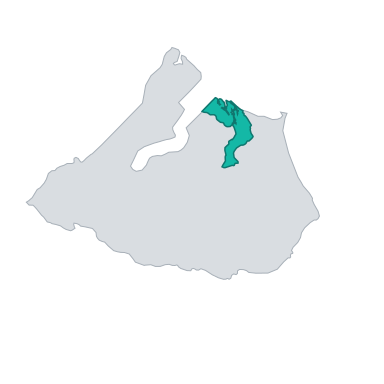 location of Fatick within Senegal, rotated 134°
{"feature_id": "SEN-764", "entity_name": "Fatick", "entity_type": "Region", "adm_level": 1, "iso_a3": "SEN", "parent_name": "Senegal", "parent_adm1": "", "projection": "equal_earth", "projection_center": [-16.406, 14.163], "detail": "fine", "context": "in_parent", "style": "filled", "palette": "teal", "viewbox_px": 384, "rotation_deg": 134, "n_neighbors": 0, "source": "natural_earth", "source_scale": "10m", "svg_char_len": 7047}
<svg xmlns="http://www.w3.org/2000/svg" viewBox="0 0 384 384"><g transform="rotate(134 192 192)"><path d="M278.0,175.4L281.8,184.0L281.0,188.1L280.2,194.1L282.4,198.5L284.9,201.3L286.7,204.0L288.6,207.6L289.0,214.8L288.7,220.0L290.0,222.3L291.1,225.3L290.9,227.8L290.2,230.0L287.8,232.9L287.4,238.3L291.4,244.8L293.9,248.4L293.9,250.4L294.6,252.6L296.4,255.3L297.5,254.6L298.8,252.5L299.3,251.0L302.7,251.7L304.2,252.4L306.4,256.6L307.2,259.5L307.7,263.1L310.0,267.5L312.0,270.7L312.4,272.6L314.1,275.3L313.1,281.2L313.2,284.2L312.1,292.2L311.9,295.9L312.0,297.3L314.6,300.1L314.4,304.1L311.7,303.4L307.0,303.0L297.7,305.1L294.5,304.2L288.3,304.5L284.0,305.6L278.4,308.2L274.1,307.6L271.8,305.5L268.7,305.7L265.3,304.6L261.6,302.6L258.2,301.6L254.6,297.9L252.9,297.3L251.7,298.2L250.7,299.5L249.6,300.2L247.7,299.5L246.9,297.1L247.5,294.7L247.7,292.8L246.8,291.8L244.5,291.5L241.0,291.5L235.2,290.8L233.9,290.3L221.0,289.7L207.6,289.6L196.2,289.5L181.9,289.5L171.9,289.4L162.5,289.4L155.2,294.2L147.4,299.5L136.8,302.3L124.7,301.3L120.8,302.1L116.8,304.4L113.8,306.1L109.6,307.1L104.2,306.3L102.0,306.8L100.7,304.4L99.1,300.5L100.1,297.6L103.4,295.8L108.4,293.4L111.0,294.6L112.5,294.7L112.8,293.1L112.3,292.3L108.5,290.2L106.6,287.5L105.0,289.1L103.6,292.5L102.4,293.5L100.8,294.4L99.8,292.1L99.4,289.9L100.2,288.1L99.8,278.4L100.2,273.3L100.0,268.7L102.3,265.8L104.6,263.9L113.2,263.7L121.3,263.6L129.1,263.7L137.0,263.8L137.8,254.8L140.3,254.0L144.0,253.1L151.0,252.0L158.8,251.0L160.5,249.2L161.8,246.2L162.6,243.5L164.2,242.4L166.4,243.3L169.2,244.7L172.2,246.9L175.6,248.9L177.9,250.1L183.3,253.3L192.6,257.8L200.2,259.5L209.5,256.3L216.1,254.2L216.9,250.3L215.9,246.5L210.9,243.1L204.2,243.5L202.1,244.4L199.0,245.5L197.1,246.0L193.9,245.2L189.8,242.2L187.3,239.2L183.7,237.7L179.5,236.3L172.7,230.1L169.2,229.0L165.9,228.7L159.5,229.9L153.2,233.2L149.9,240.8L143.6,240.7L130.3,240.4L118.1,240.2L108.0,240.7L107.0,235.2L104.6,230.9L100.7,227.2L99.9,223.7L101.2,220.7L104.9,218.2L105.8,216.5L103.8,216.7L100.9,218.3L98.9,218.4L98.7,213.6L95.4,207.5L91.7,197.1L87.5,192.8L84.0,184.4L80.3,181.1L76.9,179.6L74.0,179.9L73.0,183.8L69.4,178.3L74.3,176.3L84.8,169.3L96.9,149.5L107.7,126.0L109.1,120.5L110.4,116.3L111.3,106.7L112.8,101.0L114.3,99.9L116.1,95.5L118.3,87.9L120.8,83.6L123.6,82.8L125.8,83.1L127.4,84.7L131.9,85.7L139.5,86.1L145.3,84.9L149.4,82.3L154.8,80.9L161.5,80.9L165.0,79.8L165.4,77.6L166.2,76.9L167.6,77.8L169.0,77.4L170.2,75.9L171.4,75.8L172.6,77.1L178.3,77.5L188.3,77.0L197.5,81.0L206.0,89.6L210.4,95.3L210.7,98.2L212.1,101.1L214.7,104.0L217.0,104.5L219.1,102.7L220.8,102.9L222.0,105.1L224.4,105.6L227.1,104.2L229.0,104.7L229.3,106.0L229.8,106.7L231.1,107.0L232.9,108.7L235.3,113.3L237.4,119.7L239.0,127.8L241.0,132.3L243.6,133.0L245.1,134.7L245.4,136.6L246.1,138.0L247.3,138.7L249.5,138.2L252.0,141.0L254.8,147.0L255.2,149.7L254.8,151.2L255.0,152.2L256.8,153.3L258.5,155.2L259.9,158.2L262.9,160.8L267.5,163.1L270.9,166.5L272.9,171.1L277.2,174.9L278.0,175.4Z" fill="#d9dde1" stroke="#a8b0b8" stroke-width="1"/><path d="M115.3,209.6L113.4,209.5L112.3,209.0L112.4,207.8L111.7,208.3L111.5,209.0L111.6,209.8L112.1,210.4L111.6,210.7L111.2,210.7L110.8,210.5L110.3,210.4L110.0,210.5L109.8,210.9L109.7,211.4L109.6,211.9L108.6,214.2L108.2,214.8L107.8,215.0L107.0,215.3L106.5,215.7L106.2,216.3L105.7,217.6L105.3,218.1L104.4,218.5L103.5,218.3L102.7,217.9L101.7,217.7L102.6,215.5L102.7,215.2L103.3,214.9L104.4,213.3L103.9,213.5L103.4,214.5L102.9,214.8L102.1,214.8L101.7,214.9L101.4,215.2L101.9,215.9L101.9,216.4L101.2,217.4L101.1,217.8L101.0,218.6L100.8,219.0L100.0,220.2L99.8,220.7L99.6,222.2L99.8,227.2L99.5,227.2L99.3,217.0L99.1,215.4L98.5,212.9L98.1,211.9L98.4,211.5L99.6,211.0L99.7,210.8L99.8,210.5L99.7,210.3L99.5,210.0L99.4,209.8L99.4,209.3L99.5,209.1L100.6,207.9L100.7,207.5L100.7,207.2L100.4,206.8L100.3,206.7L100.2,206.4L100.7,203.3L102.7,195.8L102.9,195.7L103.1,195.6L104.4,195.5L104.6,195.5L104.8,195.3L105.0,195.2L105.5,194.3L105.8,194.0L106.0,193.9L106.4,193.7L106.8,193.4L107.4,192.5L108.5,190.7L108.7,190.3L109.0,189.2L109.3,187.6L109.7,186.6L110.2,186.4L112.0,186.2L115.4,186.4L115.8,186.5L116.0,186.7L116.3,187.0L116.5,187.3L116.8,187.5L117.1,187.6L117.4,187.6L119.5,187.0L119.9,187.0L121.2,187.2L122.5,187.7L122.9,188.0L123.4,188.4L123.9,189.0L124.2,189.2L124.8,189.5L129.1,190.5L129.7,190.5L133.0,190.0L134.4,189.6L135.4,189.0L135.5,188.8L137.7,186.0L137.8,185.8L137.9,185.5L138.0,184.9L138.2,180.4L138.2,180.1L138.3,179.9L138.5,179.6L139.2,179.1L139.3,179.0L141.3,180.8L142.2,180.7L143.3,180.2L144.0,180.3L144.9,181.6L146.2,182.3L151.5,185.1L152.4,186.1L153.0,187.9L151.5,188.4L149.4,188.9L147.4,189.3L146.5,189.5L145.7,190.4L143.8,192.4L142.9,193.0L141.9,193.1L140.3,195.5L139.4,197.0L138.4,198.0L137.1,199.1L134.1,199.0L132.2,198.8L131.4,199.3L130.6,200.3L129.8,200.7L126.4,199.9L126.2,199.7L126.2,199.4L125.9,199.4L123.8,199.6L121.4,200.3L120.1,200.5L119.8,200.7L119.3,201.2L118.2,202.9L116.2,206.8L115.8,208.6L115.3,209.6L115.3,209.6ZM127.0,240.8L125.4,240.8L122.9,240.8L120.4,240.8L118.0,240.8L115.5,240.8L113.0,240.8L110.5,240.7L108.0,240.7L107.6,239.9L107.4,239.4L107.5,237.9L108.2,237.0L109.2,236.4L110.2,235.3L110.0,235.2L109.5,234.8L109.3,234.6L109.8,234.0L110.2,233.2L110.1,232.5L109.3,232.4L109.4,233.3L109.2,234.3L108.8,235.0L108.2,235.0L108.0,236.1L107.3,236.8L106.6,237.1L105.8,236.8L105.1,235.9L104.9,234.9L105.2,232.8L105.3,231.4L105.4,230.9L105.8,230.2L107.2,228.0L107.5,227.2L107.7,227.4L108.3,227.8L108.5,228.0L108.4,227.8L108.2,226.9L109.6,226.6L109.7,227.6L110.0,228.6L110.4,229.2L111.0,229.1L110.7,227.9L110.6,226.5L110.5,225.4L109.9,225.1L110.1,224.3L110.9,219.3L111.0,218.5L110.1,220.2L109.8,221.2L109.5,223.4L109.1,224.7L108.5,225.6L108.0,225.4L107.7,225.4L107.3,226.1L106.6,226.4L105.8,226.6L105.0,226.9L104.6,227.4L104.4,227.8L104.4,228.2L104.2,228.7L103.9,229.0L103.5,229.3L103.2,229.6L102.8,230.6L102.5,231.0L102.1,230.7L102.0,230.2L102.0,229.6L101.9,229.0L101.6,228.7L101.1,228.3L100.8,227.2L100.9,226.1L101.2,225.4L100.9,224.7L100.8,223.9L100.6,222.1L100.7,221.2L100.8,220.7L101.1,220.3L102.0,219.4L102.4,219.2L102.9,219.1L104.1,219.3L104.7,219.5L105.1,220.0L105.0,220.7L105.6,220.0L106.0,219.2L106.6,218.8L107.5,219.2L107.4,218.0L107.8,217.5L108.3,217.2L108.8,216.6L108.3,216.8L107.8,217.0L107.3,216.9L106.9,216.3L108.7,214.8L109.3,214.1L110.4,212.4L110.9,211.8L112.2,211.3L112.8,210.2L113.3,210.0L113.6,210.2L114.0,210.6L114.3,210.8L114.7,210.6L114.9,210.3L115.6,209.9L118.1,210.0L118.3,210.1L118.6,210.2L118.8,210.5L119.9,211.4L120.5,212.0L120.8,212.5L121.0,213.0L121.2,214.2L121.2,214.9L121.2,215.5L121.0,215.9L120.6,216.7L120.5,217.1L120.5,217.5L121.3,218.9L121.8,219.5L122.1,220.0L122.5,223.7L122.5,224.1L122.5,224.5L122.4,224.9L122.2,225.3L121.7,226.1L121.1,226.7L120.9,227.1L120.8,227.4L120.8,227.8L120.8,228.6L120.8,229.1L120.9,229.5L121.3,230.0L122.6,231.4L123.2,231.9L123.5,232.2L123.8,232.6L123.9,233.4L124.1,235.1L124.3,235.9L124.5,236.4L124.8,236.9L126.1,238.5L126.6,239.4L126.9,240.4L127.0,240.8L127.0,240.8Z" fill="#14b8a6" stroke="#0f766e" stroke-width="1.5"/></g></svg>